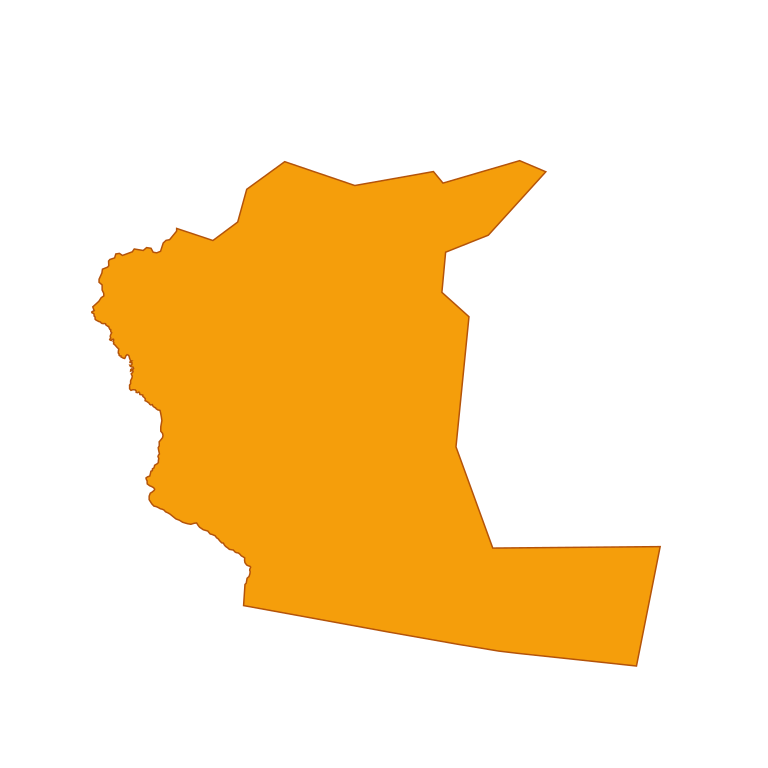 Maiwut, Upper Nile, South Sudan (Mercator projection), rotated 100°
{"feature_id": "79223893B33528845536299", "entity_name": "Maiwut", "entity_type": "district", "adm_level": 2, "iso_a3": "SSD", "parent_name": "South Sudan", "parent_adm1": "Upper Nile", "projection": "mercator", "projection_center": [33.888, 8.784], "detail": "fine", "context": "isolated", "style": "filled", "palette": "amber", "viewbox_px": 768, "rotation_deg": 100, "n_neighbors": 0, "source": "geoboundaries", "source_scale": "gbopen_adm2", "svg_char_len": 3552}
<svg xmlns="http://www.w3.org/2000/svg" viewBox="0 0 768 768"><g transform="rotate(100 384 384)"><path d="M617.9,86.4L496.2,83.8L526.7,248.4L433.4,302.2L303.0,312.0L283.7,342.9L243.5,346.2L219.3,307.1L146.9,261.5L140.5,289.2L157.3,323.2L175.9,360.8L166.2,372.2L193.6,447.2L182.3,520.4L216.1,553.0L249.9,556.2L272.4,577.4L266.8,615.2L269.5,614.8L279.1,620.2L280.4,623.6L283.5,625.9L292.1,627.1L294.3,630.6L294.3,634.2L290.8,637.0L290.9,641.5L294.3,644.3L294.4,653.4L297.5,654.8L302.8,663.9L301.3,667.3L302.5,670.7L306.6,671.2L309.0,675.6L310.8,676.6L315.3,675.6L316.9,676.5L319.8,681.2L323.7,681.1L330.3,682.8L333.3,682.3L335.4,678.8L340.4,677.9L343.3,675.8L345.9,675.2L348.1,677.5L352.1,679.2L358.6,684.2L361.2,682.7L362.0,682.1L363.6,684.2L364.5,684.1L365.1,682.0L366.2,681.5L367.4,681.3L368.3,680.1L370.3,679.8L371.0,678.8L372.1,675.4L372.1,674.2L372.9,673.2L373.3,672.4L373.3,670.9L373.0,669.9L373.0,668.7L374.0,668.3L375.2,665.9L375.1,665.2L376.4,664.5L377.9,663.4L377.9,662.6L379.4,662.3L380.2,661.9L380.8,661.1L382.1,661.5L383.8,661.9L385.0,661.8L386.1,661.1L387.7,661.9L388.4,661.2L388.5,660.1L387.3,659.5L386.9,658.2L387.7,657.8L389.1,658.2L390.0,657.3L391.4,657.3L392.3,655.7L394.1,653.5L395.6,651.3L397.7,651.3L399.6,651.1L400.6,650.0L401.5,650.0L402.1,649.3L402.1,647.9L403.1,647.6L403.4,646.3L403.8,645.4L403.9,643.8L402.8,643.4L401.1,643.1L399.7,642.1L400.0,640.9L400.8,639.9L402.7,639.1L405.0,637.7L405.1,636.6L406.1,637.9L406.9,637.9L406.9,636.9L406.6,636.1L407.0,635.8L408.8,635.7L409.4,636.1L409.6,637.6L410.6,636.9L411.0,635.5L411.0,634.0L412.1,633.3L412.9,633.7L412.9,635.1L413.7,635.9L415.3,635.8L414.9,635.1L414.2,633.9L415.3,633.3L416.6,633.7L417.6,634.7L418.5,634.4L419.7,633.3L422.0,633.3L424.5,634.1L425.7,634.0L427.7,633.6L429.3,634.4L430.6,634.1L432.9,633.7L434.2,632.1L433.2,630.3L433.0,628.0L433.8,626.9L435.3,626.6L435.3,625.1L434.5,624.0L435.3,623.1L436.7,622.6L436.7,621.1L436.8,619.6L438.1,619.3L438.9,617.8L440.0,616.5L441.9,616.4L442.3,614.8L443.5,612.2L444.7,611.1L445.1,609.9L444.5,608.6L446.1,607.5L447.0,605.7L447.0,604.9L447.9,604.2L448.8,602.2L448.8,601.2L448.9,600.0L451.5,598.9L454.9,597.6L458.6,596.4L461.9,596.4L464.7,596.4L467.4,596.0L469.3,595.6L471.1,593.5L473.2,592.7L475.3,592.8L477.4,593.9L480.0,595.4L481.6,595.0L484.0,594.6L485.9,595.3L488.0,594.6L489.9,593.8L491.9,593.0L493.3,593.8L494.7,594.0L495.3,593.6L496.4,592.9L498.7,592.9L500.5,592.6L501.7,593.3L503.9,595.8L505.0,595.8L506.6,596.0L507.7,597.3L509.5,597.1L510.4,598.4L513.0,598.5L515.3,598.7L516.6,600.9L517.9,602.1L519.4,601.4L520.4,600.5L521.9,600.2L523.5,599.8L524.9,597.1L525.3,595.2L526.1,592.9L527.4,591.6L528.7,591.9L530.7,593.6L532.1,595.2L535.2,595.8L538.7,595.2L542.4,591.8L544.2,589.4L544.3,587.0L544.9,584.8L545.7,582.6L545.8,580.9L546.2,579.0L547.8,576.9L548.4,574.5L549.3,572.1L551.1,568.9L553.0,565.5L553.7,561.7L555.1,558.4L555.5,555.2L555.7,553.3L555.7,549.9L554.1,546.7L553.4,544.4L555.5,542.5L557.1,540.7L558.9,536.7L559.1,534.9L559.4,532.0L560.5,530.8L561.9,529.1L562.0,527.2L562.8,523.9L564.5,522.2L565.2,520.5L567.0,518.5L568.6,516.3L568.6,514.5L570.1,513.4L571.4,511.9L572.7,509.2L573.7,507.6L573.7,506.0L573.7,503.5L575.2,501.7L575.7,500.3L575.7,498.1L576.6,496.4L578.0,494.7L578.6,492.9L579.4,491.0L581.9,490.7L584.1,489.9L586.1,487.8L586.6,486.1L586.8,484.3L587.5,483.5L589.8,484.0L590.8,483.9L592.1,483.2L594.2,483.1L597.0,483.5L599.1,485.1L601.4,485.1L604.1,485.1L605.5,486.1L626.6,483.8L627.5,335.9L627.5,265.5L627.1,224.7L626.0,205.2L617.9,86.4Z" fill="#f59e0b" stroke="#b45309" stroke-width="1.5"/></g></svg>